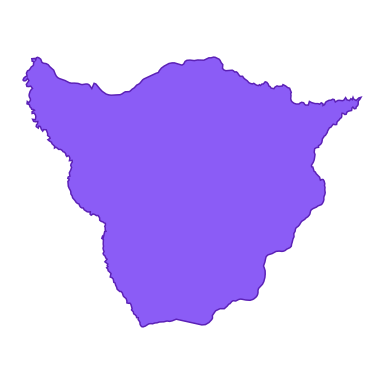 the district of Canabrava do Norte, Mato Grosso, Brazil
{"feature_id": "56859067B45377841308252", "entity_name": "Canabrava do Norte", "entity_type": "district", "adm_level": 2, "iso_a3": "BRA", "parent_name": "Brazil", "parent_adm1": "Mato Grosso", "projection": "robinson", "projection_center": [-51.832, -11.229], "detail": "fine", "context": "isolated", "style": "filled", "palette": "violet", "viewbox_px": 384, "rotation_deg": 0, "n_neighbors": 0, "source": "geoboundaries", "source_scale": "gbopen_adm2", "svg_char_len": 5821}
<svg xmlns="http://www.w3.org/2000/svg" viewBox="0 0 384 384"><path d="M361.0,97.3L358.9,97.9L356.1,100.5L353.6,99.0L353.0,97.4L352.2,99.7L350.9,98.7L349.4,100.6L346.9,99.8L345.6,97.6L343.7,100.3L342.3,100.7L339.1,100.3L337.7,100.5L335.3,102.0L334.2,99.6L332.7,99.2L330.9,100.2L329.0,100.3L326.2,101.7L325.3,102.8L324.6,104.6L323.0,105.5L322.9,103.7L321.3,102.8L319.5,104.2L318.0,103.6L315.1,103.6L311.6,102.6L309.4,101.4L308.3,105.0L305.7,105.1L304.7,104.4L303.6,102.7L301.6,102.3L300.0,103.1L298.9,104.0L296.2,104.0L293.9,103.2L292.2,101.9L291.3,100.8L290.7,98.8L291.0,95.4L290.7,93.7L291.3,92.5L289.6,88.2L287.7,87.6L285.7,86.0L283.0,84.6L282.1,86.1L278.7,86.4L277.0,85.9L274.9,87.2L273.9,88.7L271.1,88.1L270.0,86.5L268.8,85.9L268.3,84.2L266.8,82.3L265.2,81.8L263.4,83.9L261.8,84.1L260.4,85.5L259.4,84.7L258.3,85.6L256.4,85.1L253.8,83.3L252.3,83.9L250.6,83.5L248.9,82.7L247.3,80.8L244.8,79.0L243.9,78.2L242.6,76.3L240.2,76.3L238.8,74.8L237.4,72.6L236.2,71.8L234.7,72.0L233.4,70.8L232.3,70.2L225.8,70.7L224.0,70.0L222.5,68.4L222.8,64.6L221.2,62.7L220.1,60.4L219.1,59.2L215.2,57.3L213.6,57.1L211.0,57.8L208.9,57.8L203.9,60.2L197.6,60.0L194.3,60.6L190.0,60.1L186.9,60.3L185.1,61.4L183.6,64.1L181.9,65.1L174.5,62.9L172.0,62.9L168.9,63.5L164.1,66.1L161.4,68.1L159.3,70.7L158.4,72.5L156.0,73.3L144.0,78.9L142.6,79.9L140.0,83.1L138.6,84.2L136.7,85.1L134.3,87.8L132.0,89.3L130.7,90.6L129.4,91.6L125.3,91.8L124.0,92.5L121.8,94.0L120.2,94.7L111.2,95.2L108.8,94.9L106.2,94.1L102.3,91.4L99.9,88.9L95.9,84.0L94.1,83.3L91.8,88.6L89.4,85.1L87.8,84.1L86.0,84.0L82.1,84.6L80.9,84.4L78.0,83.4L74.1,83.1L71.6,83.2L69.3,82.7L65.0,80.5L59.3,78.5L57.7,77.6L56.3,76.1L55.2,74.0L53.7,70.2L49.7,66.6L48.2,64.7L46.1,63.6L43.4,63.2L41.9,62.3L40.8,59.3L39.2,58.0L37.6,57.3L36.5,57.7L35.7,59.9L35.1,58.4L31.8,58.7L32.2,61.3L34.1,61.8L33.5,63.5L33.5,65.0L32.6,66.1L31.4,66.8L29.4,69.9L27.5,70.9L26.4,73.2L27.1,76.0L25.5,76.6L23.8,78.1L23.0,80.0L24.0,80.9L25.6,80.7L26.5,79.9L27.5,78.4L28.9,80.6L26.3,84.4L26.9,86.4L28.9,86.6L30.7,86.1L32.5,88.4L31.2,89.6L30.1,91.4L29.2,94.2L29.1,95.6L29.4,97.0L30.4,98.9L30.4,100.4L28.7,102.7L27.3,101.5L27.0,103.8L29.4,104.7L30.0,106.9L31.0,107.8L31.7,109.3L33.5,109.5L34.5,110.2L32.1,111.7L32.1,113.5L34.1,113.1L35.4,114.8L35.8,116.5L35.6,118.4L35.3,119.7L32.6,119.3L33.6,121.4L35.5,121.8L37.8,121.5L37.5,123.8L36.5,124.8L36.2,126.6L38.3,128.1L38.9,126.1L40.3,126.5L41.4,129.4L42.7,131.1L43.6,129.6L46.3,129.8L47.7,133.7L47.6,135.5L49.6,137.0L50.1,138.3L47.9,139.7L49.2,140.8L51.5,142.3L52.0,143.7L54.6,146.2L54.5,148.0L55.9,147.2L57.4,148.2L58.6,149.4L60.6,149.4L62.1,150.4L63.1,151.7L64.4,152.2L65.6,153.5L66.1,155.5L66.9,156.5L68.1,155.6L69.2,156.3L69.9,158.2L69.4,160.7L72.1,160.4L72.3,162.0L71.2,163.7L70.7,165.3L71.6,167.5L70.7,170.1L69.3,172.8L69.9,176.2L68.2,177.0L67.8,178.4L69.1,179.1L68.8,180.4L67.9,181.3L68.3,186.3L69.3,188.6L70.4,190.5L70.8,191.8L70.9,194.0L72.2,196.0L72.6,197.8L75.1,200.7L76.1,202.3L77.4,203.4L79.0,204.0L79.6,205.7L80.5,207.1L81.8,207.9L83.3,208.0L84.1,209.7L87.2,211.8L89.0,212.0L90.3,211.8L90.1,214.2L91.2,215.2L93.0,214.0L94.8,214.5L96.4,215.6L98.1,215.5L99.6,217.8L99.7,220.2L101.2,221.4L102.9,221.9L103.8,222.7L105.4,223.4L105.4,225.2L104.7,226.3L105.2,227.6L105.2,229.5L105.9,231.3L104.7,231.4L103.3,237.5L102.5,236.3L101.8,238.4L103.4,239.5L103.2,244.1L103.5,246.3L103.0,248.2L103.4,250.0L104.1,251.6L103.1,253.3L103.5,254.6L105.0,256.0L105.8,258.0L107.1,259.2L104.9,261.8L107.9,264.1L107.2,265.4L108.0,266.6L106.6,267.7L108.0,269.3L108.1,270.7L109.3,271.7L111.0,273.5L110.2,277.0L112.0,277.7L113.3,279.2L113.8,282.3L115.1,283.0L115.6,285.1L116.5,286.9L117.2,289.3L119.8,291.5L121.1,291.5L122.3,292.9L123.3,296.0L124.3,297.1L126.1,298.5L126.9,300.9L126.9,302.9L128.4,303.3L130.0,303.2L130.9,304.4L132.1,308.6L131.5,309.9L133.3,311.8L133.7,313.8L135.3,314.9L136.4,316.2L136.6,317.6L138.3,317.7L138.2,319.7L139.0,320.6L140.0,322.5L140.0,324.0L140.6,325.4L141.6,326.6L143.0,326.9L145.3,326.1L148.7,323.9L150.7,323.6L152.6,323.8L154.8,323.0L157.1,322.8L159.5,322.0L163.9,321.8L167.0,321.0L169.7,321.4L172.3,320.8L176.2,319.2L201.8,324.9L205.4,324.6L209.0,322.5L211.8,319.5L212.5,318.1L212.4,315.5L215.6,310.8L220.0,308.7L224.3,308.7L227.3,306.0L228.7,304.2L229.9,303.7L231.9,301.4L233.2,300.7L235.7,301.0L238.7,299.5L240.3,299.1L241.7,299.2L245.8,300.0L250.1,300.3L252.7,299.5L254.1,298.7L256.1,297.0L257.0,295.8L257.6,294.5L258.0,292.8L258.0,290.3L258.6,288.4L262.5,284.2L263.8,281.6L264.9,277.4L265.2,274.1L265.1,270.7L264.3,268.0L263.5,266.0L264.9,262.0L265.8,257.7L266.3,256.4L268.1,254.8L272.1,253.6L276.1,251.4L279.1,251.1L282.0,251.4L283.7,251.1L285.1,250.5L286.7,249.2L290.0,247.6L291.3,246.2L291.6,244.1L292.2,242.2L293.0,238.9L294.0,236.8L293.8,233.6L295.1,231.3L295.5,228.9L296.2,227.7L298.2,226.3L299.5,224.8L301.0,222.2L302.0,221.1L304.8,219.3L305.7,218.2L307.9,216.7L309.2,215.2L309.9,214.0L310.6,210.9L311.3,209.8L313.0,208.6L316.4,207.1L318.0,205.9L321.4,204.6L322.3,203.6L323.4,201.5L323.9,199.6L323.8,197.9L324.0,196.5L324.8,194.6L325.2,192.7L324.8,189.8L325.0,187.4L324.5,185.6L324.8,183.7L324.1,181.0L323.2,179.6L322.1,179.4L320.4,180.2L319.6,177.2L316.1,173.6L315.4,172.1L314.1,171.3L312.8,167.0L311.6,166.8L311.5,165.2L313.3,162.2L314.2,159.8L314.6,157.5L315.0,154.6L314.2,152.1L314.7,148.6L316.5,147.6L318.6,147.3L318.5,145.7L320.3,144.6L321.3,143.4L321.9,142.1L322.5,138.6L323.5,137.5L324.1,136.2L325.4,135.4L327.2,132.6L327.6,131.0L329.5,127.7L330.7,127.4L333.2,124.2L335.2,124.7L336.6,124.5L337.0,122.1L338.3,120.6L339.3,119.8L340.1,118.5L341.4,117.6L341.8,116.1L341.7,114.7L342.1,113.2L343.5,113.5L344.8,114.5L346.1,114.3L347.0,112.1L348.4,111.2L351.6,110.5L352.0,108.0L352.9,107.1L354.3,108.8L355.9,108.5L356.3,106.8L357.6,105.7L358.2,104.2L358.2,101.5L358.8,100.4L359.8,99.4L361.0,97.3Z" fill="#8b5cf6" stroke="#5b21b6" stroke-width="1.5"/></svg>